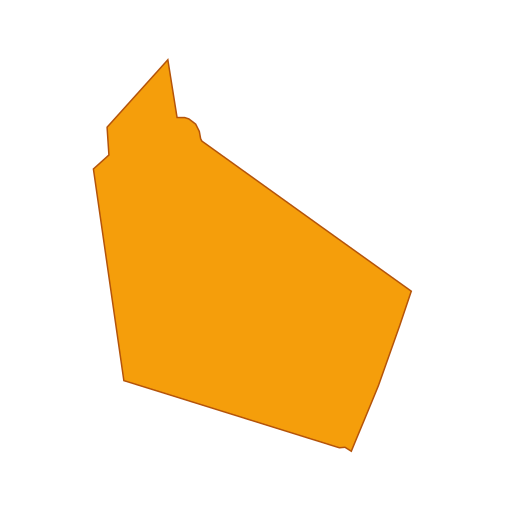 the district of Borkou Yala, Borkou, Chad, rotated 262°
{"feature_id": "50815135B13621547433724", "entity_name": "Borkou Yala", "entity_type": "district", "adm_level": 2, "iso_a3": "TCD", "parent_name": "Chad", "parent_adm1": "Borkou", "projection": "robinson", "projection_center": [17.629, 17.462], "detail": "fine", "context": "isolated", "style": "filled", "palette": "amber", "viewbox_px": 512, "rotation_deg": 262, "n_neighbors": 0, "source": "geoboundaries", "source_scale": "gbopen_adm2", "svg_char_len": 511}
<svg xmlns="http://www.w3.org/2000/svg" viewBox="0 0 512 512"><g transform="rotate(262 256 256)"><path d="M462.6,196.0L451.5,182.8L404.3,126.5L403.6,126.4L376.5,124.4L364.8,107.1L151.0,107.8L55.8,309.1L54.5,311.9L54.2,317.5L49.4,323.2L54.7,326.3L61.5,330.3L78.4,340.3L94.9,350.0L110.6,359.2L167.1,388.6L198.6,404.4L199.3,404.8L199.5,404.9L277.1,323.4L377.3,218.4L379.8,217.5L387.3,217.2L395.0,214.6L401.1,208.6L403.0,204.7L404.1,197.1L462.6,196.0Z" fill="#f59e0b" stroke="#b45309" stroke-width="1.5"/></g></svg>